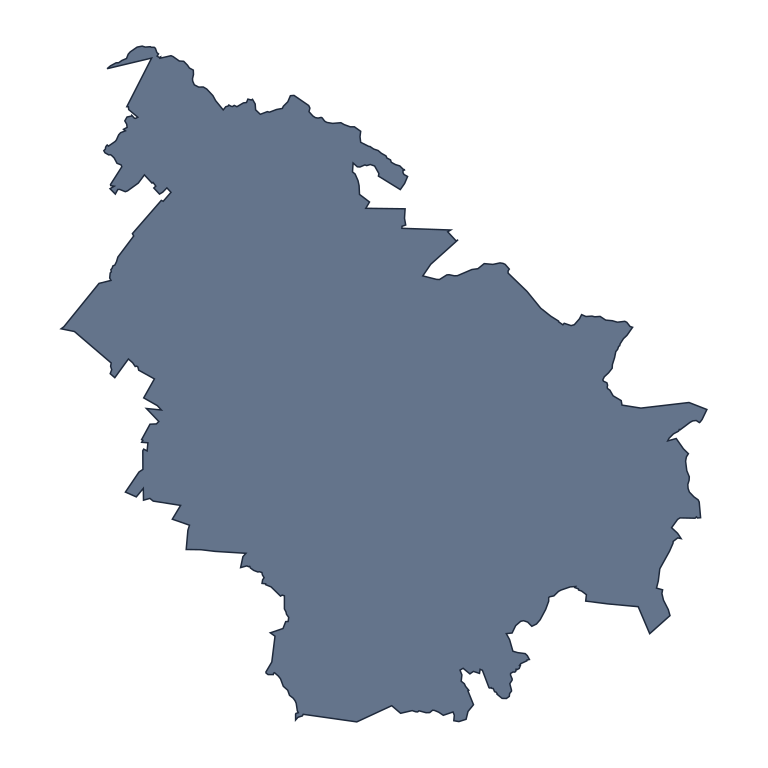 Singuilucan, Hidalgo, Mexico (orthographic projection)
{"feature_id": "50627088B74262052277311", "entity_name": "Singuilucan", "entity_type": "district", "adm_level": 2, "iso_a3": "MEX", "parent_name": "Mexico", "parent_adm1": "Hidalgo", "projection": "orthographic", "projection_center": [-98.495, 19.998], "detail": "fine", "context": "isolated", "style": "filled", "palette": "slate", "viewbox_px": 768, "rotation_deg": 0, "n_neighbors": 0, "source": "geoboundaries", "source_scale": "gbopen_adm2", "svg_char_len": 6087}
<svg xmlns="http://www.w3.org/2000/svg" viewBox="0 0 768 768"><path d="M315.3,117.6L312.9,116.0L309.0,111.7L309.9,108.1L308.7,105.5L294.0,95.4L290.4,95.7L287.8,101.8L283.3,106.3L282.4,108.4L276.5,109.5L269.4,112.2L267.4,111.6L260.3,114.3L255.6,109.8L255.2,104.0L252.5,99.3L251.3,100.0L247.9,99.1L246.5,102.5L243.4,102.9L236.9,106.7L234.2,105.4L232.6,106.5L231.1,106.3L228.8,105.0L228.0,106.1L225.8,106.7L223.2,109.9L215.6,100.6L212.9,95.6L206.7,89.0L203.3,87.0L198.7,87.1L194.3,84.8L192.7,81.1L192.5,78.7L193.5,74.5L193.3,70.1L189.4,68.0L187.5,65.2L183.7,61.3L179.3,61.0L173.1,56.6L171.0,55.7L160.1,58.2L160.5,56.9L159.2,57.5L157.1,56.1L158.5,53.9L156.9,52.6L155.4,48.3L154.2,47.3L151.3,47.3L150.3,46.7L145.3,47.1L142.2,46.1L137.1,47.1L130.3,51.8L128.2,54.2L126.5,58.5L122.0,60.4L118.7,62.7L116.1,62.8L110.5,65.8L107.1,68.7L151.6,58.1L126.8,106.7L128.4,106.8L128.7,109.6L137.8,117.2L135.6,118.4L134.4,118.2L131.8,115.4L131.7,116.0L127.0,117.0L124.8,120.9L126.7,124.2L127.1,127.4L123.5,129.3L125.4,130.8L120.6,132.7L118.7,134.8L116.3,140.1L115.1,141.5L108.4,146.1L107.2,145.0L106.6,145.5L105.6,147.2L105.4,149.0L103.8,150.7L105.0,152.8L108.7,154.9L110.6,154.7L112.2,156.0L114.2,158.0L117.0,163.3L121.1,164.9L121.8,166.8L110.5,184.5L110.7,185.6L114.2,186.2L110.0,188.7L115.3,194.1L117.8,189.5L119.7,189.4L125.3,191.7L127.5,190.9L138.3,183.1L144.4,174.9L152.0,183.1L153.0,182.4L154.4,184.2L155.8,186.1L153.8,188.0L159.5,194.1L162.7,192.2L166.9,187.9L171.0,192.3L163.2,201.3L161.3,200.4L132.4,233.6L133.7,236.0L117.9,257.0L116.5,261.7L114.8,265.1L112.9,265.9L112.0,268.4L110.9,269.6L111.3,271.8L110.2,273.0L109.7,278.0L111.0,280.4L99.0,283.4L63.9,326.7L61.1,328.8L74.4,331.5L111.2,363.0L110.6,366.3L111.7,369.7L110.2,373.7L114.8,377.7L128.4,359.0L132.7,362.8L135.2,366.5L136.7,366.1L137.9,367.0L138.7,370.2L154.4,378.9L143.7,397.9L157.3,405.6L161.4,410.0L146.4,408.5L158.8,421.5L156.4,423.9L150.0,424.2L141.6,439.6L142.9,440.3L141.7,442.3L147.9,442.8L147.1,450.9L143.7,449.1L142.8,450.7L142.9,469.4L139.0,472.0L125.4,492.1L136.3,496.9L143.3,488.4L143.5,500.2L149.9,498.4L153.2,501.1L180.6,505.4L172.3,519.2L189.5,525.2L187.9,530.2L186.2,549.5L200.9,549.7L215.2,551.4L245.9,553.3L242.9,556.7L240.6,567.6L246.8,565.9L248.6,566.7L249.7,566.4L250.4,568.0L253.7,570.4L257.9,572.0L259.3,571.7L261.9,572.5L262.4,574.9L264.1,577.7L262.6,579.8L262.0,583.4L265.7,583.8L265.7,584.7L271.1,586.9L280.5,596.1L282.2,595.1L284.4,595.8L284.4,608.9L286.0,612.0L286.5,614.3L288.7,617.4L288.1,621.5L285.7,621.6L283.0,628.5L270.3,632.8L275.0,636.2L271.8,662.0L265.9,672.0L266.1,673.1L268.1,674.6L273.3,674.6L273.6,673.2L274.5,672.7L278.3,676.0L280.5,678.8L283.3,686.3L287.7,690.2L289.5,695.3L293.2,698.2L295.1,700.8L296.2,703.3L297.3,710.7L298.3,712.7L296.0,713.4L295.6,714.1L295.6,720.0L298.0,717.3L302.4,715.9L303.2,714.3L356.8,721.9L391.7,705.7L400.6,713.3L412.2,710.6L415.7,711.8L417.7,711.9L419.0,710.8L426.0,712.7L429.7,712.6L432.6,710.2L434.4,710.4L438.7,712.2L443.3,715.3L453.0,712.0L454.3,715.2L453.8,720.7L458.9,721.6L466.1,719.3L468.0,711.5L473.5,704.7L467.9,690.8L468.8,690.3L465.5,686.3L464.4,683.8L461.2,681.2L461.9,674.9L460.0,670.1L463.1,668.3L469.9,673.9L473.4,671.4L479.5,673.4L480.1,669.3L482.4,670.3L489.0,687.7L490.0,688.1L491.2,687.6L491.8,688.4L493.2,688.5L494.6,691.7L496.0,692.1L497.2,693.7L497.0,694.2L502.1,698.4L506.4,698.5L509.3,696.4L509.6,693.6L511.5,691.1L511.5,690.2L509.8,683.7L512.1,680.2L512.2,679.0L510.5,675.0L510.6,673.4L513.0,672.0L514.8,672.1L515.7,671.4L516.1,669.2L516.8,669.3L516.7,669.8L519.2,668.5L520.4,665.4L519.6,665.3L520.7,663.7L526.9,660.8L527.0,660.0L529.4,659.5L527.3,655.6L525.2,653.6L517.6,652.6L512.9,651.2L509.6,639.7L506.3,633.6L512.1,633.0L515.7,625.6L520.7,621.3L523.6,620.7L527.7,622.1L531.8,626.3L536.5,624.0L540.2,619.7L545.7,609.4L548.7,601.2L548.7,597.6L549.5,596.8L553.9,595.9L558.5,591.4L561.2,590.0L570.2,586.9L575.7,586.5L574.9,587.6L578.4,588.9L578.6,590.0L581.5,591.0L586.4,594.7L585.7,601.1L607.8,603.9L638.2,606.7L649.7,633.7L670.0,615.6L668.3,609.6L663.5,600.2L661.9,593.5L662.6,589.8L656.5,588.1L658.3,581.0L659.8,568.8L669.5,551.3L673.0,543.3L673.2,541.4L677.7,537.9L681.1,538.6L677.6,533.3L671.6,527.7L677.6,519.4L680.0,517.9L695.1,518.2L696.4,516.9L697.5,518.0L700.6,517.7L699.2,502.0L698.1,499.8L694.0,496.9L689.4,492.1L688.1,488.5L687.8,484.5L689.1,480.3L689.3,476.8L686.8,470.7L685.6,461.2L686.4,456.9L688.4,453.7L683.4,448.8L676.2,438.5L667.7,440.9L669.0,438.3L673.4,433.9L678.6,431.1L679.3,429.5L680.0,429.9L690.0,422.4L692.7,420.9L696.2,420.5L699.4,422.6L700.1,422.1L702.1,419.5L706.9,409.5L689.0,402.5L640.9,408.1L622.0,405.1L621.2,400.6L613.1,395.8L609.9,390.2L607.5,388.5L607.2,387.0L607.6,385.2L606.9,382.8L603.5,381.2L602.8,379.9L604.3,376.8L608.6,372.8L612.2,368.2L612.4,364.6L614.6,357.6L615.8,351.6L617.6,349.4L618.6,346.5L619.7,345.7L620.2,343.7L623.5,338.6L627.0,335.3L632.6,327.3L630.1,326.5L626.8,322.3L624.8,321.3L617.4,322.2L612.3,320.7L605.7,320.1L600.1,316.4L594.8,316.8L592.0,316.1L585.9,316.5L581.6,314.6L579.4,318.9L574.3,324.7L571.1,325.6L564.2,323.3L562.9,324.8L558.6,321.8L558.6,321.1L550.8,316.2L540.7,308.2L527.0,291.4L508.1,273.1L508.1,270.9L509.3,269.1L505.2,264.4L503.1,263.4L500.0,262.9L492.9,264.4L484.2,263.6L477.9,268.7L471.9,269.5L457.4,275.7L454.3,275.8L449.1,274.7L446.8,274.9L439.5,279.5L436.6,279.4L422.8,275.9L430.7,264.3L458.1,239.7L456.2,241.0L447.7,231.8L450.7,230.0L401.9,228.3L402.0,226.3L405.7,225.0L404.5,218.3L405.1,208.8L365.8,208.3L369.5,202.0L359.5,194.4L359.1,185.7L358.0,180.6L355.1,174.0L352.5,171.9L353.1,163.0L357.3,166.8L360.0,167.0L364.9,164.9L366.7,165.6L370.3,164.5L374.6,166.0L378.9,173.6L378.4,176.1L400.3,189.6L404.6,183.5L407.6,176.5L404.0,174.5L403.0,172.7L403.0,170.6L404.5,170.0L404.3,169.6L403.2,169.3L399.8,165.9L395.5,164.6L391.3,162.3L390.5,159.9L386.9,158.0L386.0,155.9L381.4,153.3L378.1,150.5L373.6,149.0L370.0,146.5L368.8,146.4L360.7,142.3L360.0,136.7L360.7,131.3L354.4,126.8L350.2,126.8L344.2,124.6L340.9,122.7L332.6,123.4L326.8,122.4L324.6,121.1L322.2,117.9L321.1,117.4L318.1,118.1L315.3,117.6Z" fill="#64748b" stroke="#1e293b" stroke-width="1.5"/></svg>